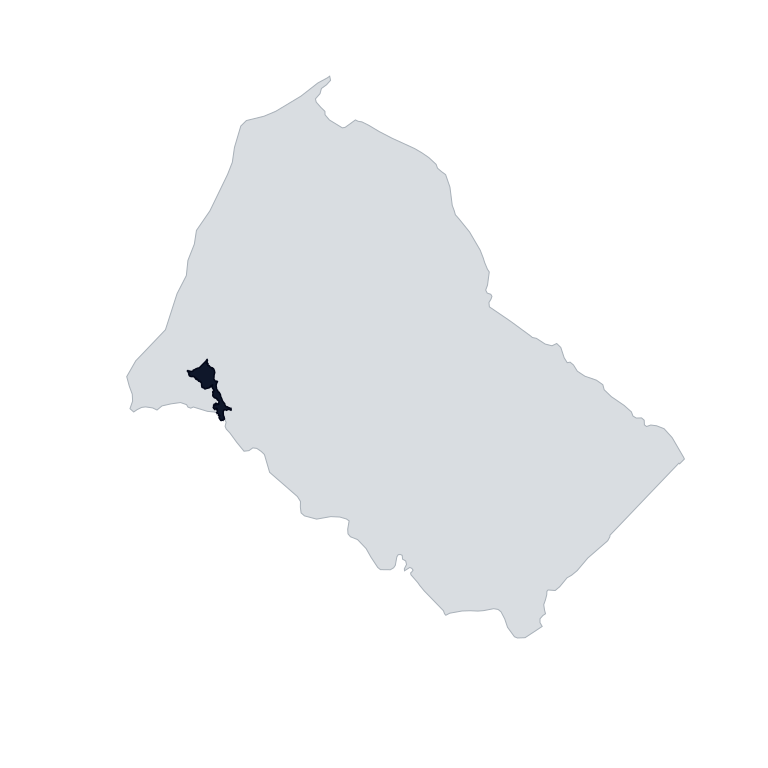 Ho West, Volta, Ghana shown in context, rotated 134°
{"feature_id": "2480657B47242267083805", "entity_name": "Ho West", "entity_type": "district", "adm_level": 2, "iso_a3": "GHA", "parent_name": "Ghana", "parent_adm1": "Volta", "projection": "orthographic", "projection_center": [0.372, 6.6], "detail": "fine", "context": "in_parent", "style": "filled", "palette": "ink", "viewbox_px": 768, "rotation_deg": 134, "n_neighbors": 0, "source": "geoboundaries", "source_scale": "gbopen_adm2", "svg_char_len": 7973}
<svg xmlns="http://www.w3.org/2000/svg" viewBox="0 0 768 768"><g transform="rotate(134 384 384)"><path d="M468.5,106.3L474.0,111.6L475.2,114.6L473.2,126.1L469.1,134.0L466.6,141.5L466.9,145.3L469.4,149.0L477.8,154.9L482.1,158.7L487.2,164.5L493.1,170.2L503.2,177.5L507.4,178.9L507.2,180.9L505.8,183.7L504.9,211.2L504.1,218.3L503.4,221.8L502.5,232.1L501.4,233.6L499.5,233.5L497.7,233.8L497.3,235.9L498.0,238.0L504.1,239.5L502.8,241.0L498.2,242.4L496.2,245.5L497.1,249.0L494.6,251.9L495.3,253.8L496.9,255.2L499.4,254.7L506.6,249.9L509.5,249.4L513.2,250.4L520.0,257.6L520.3,261.1L517.6,273.2L514.8,282.6L514.3,295.0L517.2,302.0L516.8,305.8L513.7,309.2L506.7,314.0L507.2,317.3L510.4,323.4L516.4,330.2L528.0,338.6L534.1,349.6L534.3,354.1L530.7,358.6L526.5,362.5L525.1,368.1L527.0,404.9L517.8,421.0L517.8,425.5L518.7,430.8L521.1,434.0L525.8,434.9L529.6,438.0L528.3,449.2L526.3,460.7L526.0,466.2L524.8,468.9L521.2,471.0L519.9,474.6L520.8,479.1L520.1,482.4L522.1,486.7L526.3,492.0L533.0,505.2L535.6,506.2L536.8,509.0L536.0,511.7L538.7,517.5L546.2,523.4L554.0,528.5L560.4,529.2L561.9,533.8L566.1,539.6L569.2,542.1L574.0,543.8L578.0,544.6L578.2,549.6L571.0,552.9L566.2,558.0L562.5,565.7L557.4,574.2L539.7,578.7L533.0,578.7L496.8,578.9L462.8,595.6L443.3,601.5L431.3,610.9L415.1,617.6L403.8,625.6L380.4,629.5L341.9,642.1L329.9,647.1L317.7,655.9L297.9,666.2L290.1,666.0L274.7,656.3L263.0,651.3L234.6,643.7L213.4,640.7L203.1,637.4L200.3,636.9L202.7,633.4L208.7,633.2L214.9,634.3L219.6,631.7L226.5,631.4L228.3,628.6L228.9,621.6L228.9,615.9L231.3,613.4L232.0,606.7L228.7,591.9L226.3,590.2L213.9,588.0L213.0,585.1L210.8,582.0L208.4,574.3L205.8,563.0L201.6,548.9L193.4,525.6L191.4,517.4L190.0,509.1L189.8,499.1L191.6,495.4L191.3,490.2L190.6,485.1L196.6,473.3L208.1,459.0L210.6,453.8L212.7,450.2L213.1,445.0L215.2,428.1L220.9,407.8L224.4,400.2L226.7,396.0L229.6,389.3L230.3,386.1L241.0,378.2L245.8,376.1L246.9,372.9L245.3,369.5L246.0,367.2L248.6,366.0L252.5,365.1L255.3,361.8L251.0,336.7L247.6,311.7L247.5,309.6L245.3,306.1L243.3,295.8L239.8,289.7L234.9,287.9L234.9,282.2L240.0,272.6L241.4,267.0L239.0,265.3L238.7,260.9L240.5,253.8L239.7,249.5L238.8,244.8L233.7,233.9L232.5,226.1L235.2,221.6L235.2,211.7L232.6,196.4L232.2,186.7L234.1,182.7L233.3,178.9L229.5,175.2L229.3,171.7L232.5,168.3L232.2,165.6L228.2,163.6L224.7,158.9L221.6,151.5L222.4,139.5L228.6,117.6L229.3,115.8L236.1,115.9L236.1,116.9L257.1,116.8L281.1,116.7L309.8,116.5L335.8,116.4L337.0,115.4L341.3,114.2L367.6,116.5L384.1,115.4L391.1,116.2L396.2,117.7L407.6,116.8L413.6,117.4L418.2,122.9L420.0,122.8L422.6,120.5L427.2,117.9L431.8,115.8L435.1,111.5L437.1,108.2L440.1,108.9L444.5,108.7L447.3,106.0L448.5,101.8L468.5,106.3Z" fill="#d9dde1" stroke="#a8b0b8" stroke-width="1"/><path d="M512.4,511.7L511.9,511.5L511.7,511.3L511.9,510.7L512.0,510.6L512.1,510.4L512.0,510.1L512.1,509.7L511.9,509.4L511.6,509.1L511.3,508.9L511.0,508.9L510.5,508.6L509.9,508.4L509.7,508.0L509.2,507.8L508.8,507.5L508.6,507.3L508.3,507.2L507.8,507.0L507.3,507.2L507.1,507.2L506.9,507.1L506.9,506.9L506.3,506.9L506.3,507.2L506.1,507.3L505.9,507.2L505.7,507.1L505.7,506.9L504.1,506.9L503.8,506.7L504.0,506.5L504.4,506.4L504.5,506.4L504.8,506.1L505.3,506.0L505.6,505.9L505.6,505.5L505.9,505.1L505.9,504.9L505.9,504.6L506.1,504.3L506.1,504.0L506.2,503.9L506.3,503.4L506.2,503.4L506.3,503.1L506.2,503.0L506.2,502.8L506.3,502.8L506.3,502.6L506.5,502.5L506.7,502.2L506.7,501.9L506.9,501.7L507.1,501.5L507.8,501.8L507.9,501.7L508.2,501.6L508.5,501.8L508.7,501.7L509.1,501.2L509.1,500.9L509.3,500.9L509.5,500.4L510.3,500.0L510.5,499.6L510.8,499.5L510.9,499.4L511.2,499.0L511.4,499.0L511.5,498.8L511.5,498.5L511.5,498.2L511.4,498.1L511.6,497.7L511.6,497.2L511.7,496.7L511.6,496.4L511.4,496.1L511.4,495.8L511.1,495.7L511.0,494.9L510.9,494.7L510.7,494.5L510.7,494.2L510.6,493.4L511.1,493.3L511.1,492.8L511.2,492.6L511.0,492.1L511.0,491.8L511.0,491.6L511.0,491.1L510.9,491.0L511.0,490.7L511.7,490.2L511.9,489.9L512.3,489.8L512.8,489.5L512.9,489.3L513.5,488.8L513.9,489.0L514.0,489.2L514.3,489.4L514.2,489.5L514.0,490.1L514.3,490.5L514.3,491.0L514.5,491.3L514.6,491.6L515.1,491.6L515.2,491.4L516.0,490.5L516.2,491.1L516.2,491.9L516.4,492.0L516.7,491.4L516.7,491.2L516.8,491.1L517.1,491.3L517.3,491.4L517.4,491.9L517.6,491.9L517.9,491.5L518.0,491.2L518.3,491.1L518.4,490.9L518.7,490.8L519.2,490.7L519.2,490.4L519.6,490.3L519.7,490.0L519.9,489.3L519.6,489.1L519.6,488.9L519.7,488.3L519.9,488.0L519.8,487.9L519.2,488.1L518.5,487.9L518.1,488.0L517.8,487.6L517.7,487.5L517.6,487.3L517.6,487.2L518.0,487.0L518.1,486.9L518.1,486.7L518.4,486.7L518.6,486.6L518.4,486.3L518.4,485.8L518.5,485.7L519.2,485.4L519.4,485.0L519.6,484.6L519.9,484.5L520.7,484.5L520.7,484.3L520.7,484.2L520.9,483.9L520.7,483.9L520.6,481.9L521.5,481.4L521.6,481.2L521.2,480.5L520.9,480.2L521.2,479.9L521.6,479.9L522.3,479.6L522.7,479.3L522.9,479.1L523.1,478.3L523.3,477.6L523.4,476.7L523.6,476.3L523.6,476.1L523.1,475.5L522.6,475.3L522.2,475.4L522.2,475.1L522.0,474.7L521.8,474.9L521.6,474.7L520.7,474.5L520.1,474.4L519.9,474.5L518.7,476.3L518.2,477.7L516.8,479.2L515.6,480.5L514.0,481.0L513.3,480.9L513.1,480.7L513.0,480.3L512.5,479.9L512.3,479.6L512.3,479.0L512.2,478.9L510.6,478.7L510.5,478.4L510.2,478.1L509.9,477.5L509.5,477.3L509.2,475.9L508.8,475.9L508.7,476.1L508.4,476.4L508.2,476.6L507.9,477.1L508.2,477.2L508.3,477.4L508.3,477.5L508.2,477.7L508.5,478.3L508.7,479.0L509.1,479.9L509.2,480.8L509.6,481.0L509.8,481.3L509.8,481.6L510.1,481.7L509.6,483.9L508.9,484.8L508.8,485.0L508.8,485.9L508.7,486.0L508.7,486.5L508.3,488.6L507.2,490.7L506.5,492.7L505.2,494.4L504.5,497.0L504.6,497.3L504.7,497.6L504.8,497.4L505.0,497.5L504.8,498.1L504.1,499.4L504.3,499.8L503.8,501.2L503.2,501.7L502.6,502.6L501.4,504.0L499.5,505.0L498.0,505.4L497.9,505.7L498.1,506.1L498.3,506.5L499.0,506.5L499.2,506.8L498.9,508.5L498.8,509.2L498.9,509.7L497.0,511.2L495.8,512.3L494.6,513.0L493.4,513.6L492.1,515.5L491.4,517.3L491.8,517.7L492.1,517.9L492.3,518.0L492.2,518.2L492.3,518.3L492.1,518.5L491.6,518.7L492.2,519.7L492.4,520.6L492.6,521.1L492.5,521.5L492.4,521.9L492.3,522.5L493.0,523.3L493.0,523.5L492.8,523.7L492.7,524.1L492.2,524.2L492.2,524.4L492.0,524.7L491.6,524.8L491.6,525.1L491.8,525.4L491.7,525.6L491.8,525.6L491.7,525.7L491.9,525.9L492.0,526.0L491.9,526.0L491.7,526.0L491.7,526.3L491.3,526.2L491.0,526.6L491.1,526.8L490.8,526.9L490.7,526.9L490.7,527.0L490.3,527.3L490.4,527.5L490.4,527.4L490.5,527.4L490.4,527.6L490.2,527.6L489.9,527.5L489.8,527.4L489.7,527.4L489.6,527.7L489.7,527.8L489.7,528.0L489.2,528.2L489.2,528.3L489.3,528.3L489.9,528.3L490.6,528.1L491.3,528.0L500.7,528.1L502.3,529.2L502.9,529.4L503.3,529.6L503.5,529.6L503.6,529.8L505.0,530.1L506.0,530.6L506.7,530.8L507.1,530.3L507.3,530.3L507.7,530.5L507.9,530.6L508.2,530.7L508.5,531.1L508.8,531.4L509.1,531.6L509.3,531.8L509.4,532.0L509.6,532.2L509.5,532.4L509.5,532.6L509.8,533.0L510.1,533.0L510.3,533.3L510.4,533.6L510.5,534.4L510.6,534.5L510.9,534.6L511.0,534.6L511.3,534.4L511.2,533.7L511.4,533.4L511.4,532.9L511.8,532.5L511.8,532.2L511.7,531.9L511.8,531.9L511.8,531.7L512.0,531.5L511.9,531.4L512.1,531.4L512.3,531.1L512.5,531.2L512.9,530.8L512.8,530.4L512.9,530.1L513.0,530.1L513.0,529.8L513.1,529.7L512.9,529.5L512.9,529.3L513.1,529.0L512.8,528.8L512.8,528.1L512.5,527.7L512.4,527.6L512.2,527.5L512.1,527.3L512.0,527.2L511.5,527.3L511.3,526.9L511.3,526.5L511.0,526.2L510.9,525.8L510.8,525.5L510.7,525.5L510.7,525.3L510.5,525.2L510.8,524.6L510.7,524.3L510.6,523.9L510.8,523.8L510.8,523.6L511.0,523.5L511.0,523.3L510.7,522.5L510.3,522.5L510.3,522.0L510.6,522.0L510.5,521.9L510.8,521.6L510.6,521.3L510.6,521.1L510.3,520.7L510.2,520.2L510.3,520.0L510.2,519.9L510.3,519.8L510.6,519.8L510.6,519.7L510.6,519.4L510.7,519.2L510.4,518.7L510.2,518.6L509.9,518.4L509.7,517.6L509.8,517.5L510.0,517.5L510.1,517.4L509.9,516.8L510.0,516.5L510.1,516.3L510.0,516.1L511.1,514.8L511.3,514.6L511.5,514.5L511.7,514.2L511.9,513.9L512.1,513.6L512.5,513.2L512.6,512.9L512.8,512.5L512.7,512.3L512.4,511.7Z" fill="#0f172a" stroke="#020617" stroke-width="1.5"/></g></svg>